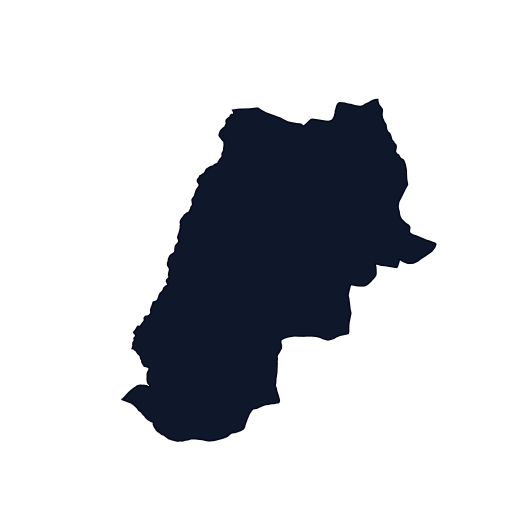 the district of Asmat, Anseba, Eritrea, rotated 226°
{"feature_id": "51966322B95740891670164", "entity_name": "Asmat", "entity_type": "district", "adm_level": 2, "iso_a3": "ERI", "parent_name": "Eritrea", "parent_adm1": "Anseba", "projection": "robinson", "projection_center": [37.974, 16.37], "detail": "fine", "context": "isolated", "style": "filled", "palette": "ink", "viewbox_px": 512, "rotation_deg": 226, "n_neighbors": 0, "source": "geoboundaries", "source_scale": "gbopen_adm2", "svg_char_len": 6101}
<svg xmlns="http://www.w3.org/2000/svg" viewBox="0 0 512 512"><g transform="rotate(226 256 256)"><path d="M276.3,104.1L275.4,102.6L274.0,103.6L272.4,103.5L271.0,103.9L267.9,103.2L265.2,103.4L264.5,103.2L262.1,101.8L259.8,101.3L259.0,100.2L254.4,99.1L252.3,100.5L250.8,101.2L249.8,101.3L249.2,101.0L248.3,99.7L247.6,97.4L246.2,95.2L245.5,94.8L243.1,92.2L240.1,90.1L238.5,89.8L238.1,90.0L237.3,90.0L236.2,89.5L236.0,89.2L236.0,88.7L236.5,87.7L237.5,87.2L238.5,87.3L239.5,86.3L240.7,85.6L242.8,83.3L243.1,83.3L243.3,83.1L244.7,81.0L245.1,79.8L245.2,77.7L245.6,77.0L246.1,70.9L246.1,69.1L245.7,63.4L245.8,62.0L245.6,60.5L246.4,59.7L237.3,64.1L233.4,64.9L228.7,65.0L226.6,64.5L223.9,65.1L222.6,65.1L221.1,64.8L217.9,64.9L216.5,64.5L214.8,64.6L213.0,64.8L209.7,65.7L208.6,66.3L208.1,67.0L207.3,66.4L206.2,65.2L204.1,64.3L199.6,63.4L197.1,63.7L195.1,64.2L193.3,64.3L190.9,65.6L189.9,65.6L185.0,66.4L183.6,67.4L182.8,67.6L178.8,70.0L177.1,71.2L176.2,72.6L174.1,74.7L173.6,75.4L172.8,77.2L171.3,79.1L169.8,82.2L167.2,85.0L160.9,90.2L158.0,92.0L155.4,94.1L152.4,97.9L147.9,105.9L146.8,108.8L146.4,109.4L146.2,110.3L146.1,113.7L145.8,115.2L145.5,115.9L143.6,118.5L142.5,120.8L141.1,123.9L140.5,126.4L140.6,127.5L141.2,129.2L142.8,131.7L144.0,134.5L144.5,135.2L147.3,141.7L148.1,145.9L148.2,147.7L145.8,151.1L145.5,152.6L144.8,154.2L143.9,156.7L142.6,159.6L140.8,161.8L139.2,164.5L137.0,167.1L136.2,168.7L135.1,169.9L134.9,170.5L135.0,171.2L135.4,171.9L136.2,172.7L140.1,174.9L145.0,177.3L146.2,178.3L149.5,179.7L150.9,181.7L154.5,185.6L155.3,186.8L158.0,190.2L164.3,196.8L165.5,197.7L167.4,200.1L168.8,200.8L170.1,203.0L170.6,205.5L172.1,210.2L174.0,212.1L176.5,213.6L177.9,215.0L178.2,215.6L178.2,216.2L177.6,218.7L176.8,220.5L175.4,223.2L172.4,227.5L171.5,228.6L168.9,231.0L165.2,234.7L162.7,237.7L161.3,238.9L161.0,239.5L156.6,243.4L152.8,245.8L150.3,246.7L145.8,249.3L145.1,250.2L142.6,255.0L142.5,256.2L142.1,257.5L140.7,261.3L136.2,268.4L137.0,269.8L141.5,274.2L143.9,277.1L149.0,284.5L152.5,286.7L161.3,293.3L163.5,294.5L165.5,297.2L168.8,302.4L169.6,303.8L169.5,304.3L169.0,304.8L167.3,306.2L165.2,307.5L162.4,309.9L159.6,312.9L158.7,314.3L158.2,317.0L158.1,321.5L158.3,322.9L158.4,325.6L158.9,328.5L160.0,330.1L162.0,332.0L164.8,334.4L166.4,335.4L167.0,335.4L167.2,335.7L167.3,336.2L166.2,337.5L164.8,338.5L163.4,339.0L162.4,339.7L159.3,342.4L150.2,349.1L150.1,350.1L152.6,354.8L153.9,356.5L154.1,357.1L149.5,358.2L147.0,359.5L146.1,359.7L144.4,361.0L141.8,364.0L140.9,366.2L140.0,369.2L139.7,372.6L138.7,377.3L137.4,385.6L137.9,389.5L138.4,391.2L139.6,393.6L140.3,393.7L141.4,393.4L142.6,392.7L146.3,391.0L149.0,389.4L159.4,385.0L162.0,383.5L163.9,383.0L164.7,382.6L166.2,382.8L167.4,383.6L169.8,386.5L170.9,387.0L172.6,387.0L175.5,386.3L180.7,386.1L181.7,386.2L184.1,386.9L186.8,388.3L188.7,389.9L190.4,390.7L193.2,392.7L195.5,395.8L196.5,397.8L197.2,400.3L201.0,410.8L202.0,414.3L202.4,414.8L206.4,417.5L209.0,419.7L213.0,423.4L215.4,425.1L218.5,427.0L221.4,428.3L222.9,428.6L223.7,428.5L224.6,428.0L226.1,427.8L229.6,428.7L231.7,428.1L233.8,428.5L234.7,429.2L236.2,431.5L237.4,432.9L238.5,433.6L239.1,433.8L241.6,433.7L242.5,434.3L244.5,434.2L245.5,434.5L248.9,436.4L251.5,437.3L253.9,436.9L256.9,438.2L260.1,440.6L264.0,441.4L265.4,442.2L266.0,442.2L267.0,442.6L269.0,443.9L270.1,444.7L272.0,446.8L272.6,447.7L273.7,448.6L274.9,448.9L279.5,449.4L283.1,451.3L284.0,452.3L285.5,450.5L286.6,448.3L287.4,446.0L287.8,443.7L289.2,439.9L289.4,438.6L289.8,436.9L291.2,434.7L295.2,431.6L299.1,429.4L300.8,428.0L304.6,425.7L308.0,422.7L308.4,422.2L308.5,420.5L308.0,418.9L307.4,417.6L306.5,416.4L305.3,414.1L304.0,412.7L301.9,409.2L300.9,406.5L300.9,404.8L301.1,404.2L302.0,402.1L303.6,400.4L312.2,393.9L315.4,391.3L316.0,390.0L316.0,382.7L316.4,380.4L317.4,380.0L319.2,380.0L319.8,379.7L323.5,376.6L328.5,373.1L330.8,371.7L334.1,370.5L338.2,369.2L352.2,362.4L358.1,360.6L360.8,360.2L361.9,359.1L366.2,353.4L373.2,345.8L377.1,340.5L375.0,340.0L373.9,338.9L373.6,338.4L373.6,337.8L374.8,336.6L374.9,336.3L374.8,335.4L374.2,333.9L374.5,330.9L374.5,329.3L374.3,328.8L373.6,327.9L372.0,326.9L371.5,326.1L371.3,325.1L370.6,324.0L370.5,322.6L370.8,321.2L370.7,317.8L370.2,316.3L368.7,313.6L368.3,313.2L367.3,312.9L364.6,312.7L362.9,312.4L360.4,312.5L360.0,312.2L359.6,311.6L358.1,310.5L356.0,307.8L354.6,306.3L354.2,305.7L353.4,303.1L353.0,302.6L351.2,300.9L350.9,300.2L350.6,299.1L350.6,297.1L349.3,293.0L349.5,292.1L350.3,290.3L350.5,289.5L350.4,287.8L351.6,285.8L352.0,284.7L352.8,280.7L352.4,279.2L351.8,278.0L351.7,276.8L351.3,276.4L351.3,275.8L352.0,274.3L352.0,272.6L352.4,272.0L352.6,271.2L351.9,269.7L351.7,267.3L351.2,266.6L350.2,265.6L347.3,265.1L346.2,264.4L345.7,263.3L345.2,260.1L344.5,258.1L343.4,256.1L342.5,254.7L341.7,253.0L341.5,251.4L341.1,249.6L340.8,249.0L337.8,246.8L336.7,245.7L336.5,245.1L336.3,243.3L335.4,242.0L334.2,238.6L334.4,237.0L334.9,235.8L335.0,234.0L335.2,233.2L334.7,231.1L334.4,228.3L333.6,225.9L332.5,224.6L331.8,224.4L330.9,223.8L330.2,222.3L329.3,221.8L327.9,219.9L325.8,216.6L325.4,215.5L323.8,212.6L321.3,211.5L320.3,210.7L319.9,210.2L319.5,208.6L319.4,206.5L319.2,205.2L318.7,204.4L317.1,202.3L315.9,201.3L315.2,199.8L315.4,197.8L315.9,196.0L315.8,193.9L314.7,191.2L313.2,189.3L312.4,187.6L311.6,186.7L310.8,186.1L310.0,185.8L307.8,185.3L306.8,184.9L306.0,184.1L304.2,181.3L302.9,179.8L302.2,179.4L301.7,179.4L301.2,178.9L300.8,177.8L300.9,175.6L300.3,174.3L299.6,173.9L296.7,172.9L296.5,172.5L296.4,172.1L297.0,169.8L297.0,168.7L297.0,167.5L295.9,165.4L295.6,164.4L295.7,161.0L295.1,159.4L293.1,155.7L292.7,153.9L292.9,152.6L293.4,151.4L294.0,150.7L294.1,150.0L293.9,149.4L293.2,148.4L291.0,143.8L290.2,142.5L288.5,141.4L287.7,140.2L287.5,137.7L287.8,136.9L288.2,136.0L289.2,135.0L289.3,133.4L288.9,132.3L287.9,131.7L287.2,130.8L286.7,129.6L286.6,127.4L286.1,125.2L286.0,123.2L286.3,122.8L287.4,122.3L287.5,121.8L286.4,117.9L286.2,115.3L286.0,114.9L285.6,114.8L283.2,114.7L281.8,114.0L281.6,111.3L281.2,110.7L280.5,110.6L280.0,110.3L279.4,108.9L279.3,108.0L279.1,107.5L278.1,106.1L277.0,105.5L276.3,104.1Z" fill="#0f172a" stroke="#020617" stroke-width="1.5"/></g></svg>